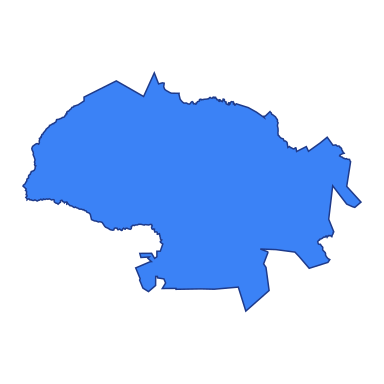 Tepehuanes, Durango, Mexico
{"feature_id": "50627088B84859418801228", "entity_name": "Tepehuanes", "entity_type": "district", "adm_level": 2, "iso_a3": "MEX", "parent_name": "Mexico", "parent_adm1": "Durango", "projection": "mercator", "projection_center": [-106.004, 25.424], "detail": "fine", "context": "isolated", "style": "filled", "palette": "blue", "viewbox_px": 384, "rotation_deg": 0, "n_neighbors": 0, "source": "geoboundaries", "source_scale": "gbopen_adm2", "svg_char_len": 5921}
<svg xmlns="http://www.w3.org/2000/svg" viewBox="0 0 384 384"><path d="M33.1,151.9L33.4,153.5L33.1,154.7L34.1,156.9L35.1,160.0L34.4,162.1L35.0,163.3L34.5,164.7L34.8,165.3L35.8,165.9L35.1,166.8L35.2,168.3L34.3,170.2L33.4,170.8L31.2,171.6L31.1,172.6L30.4,173.2L30.3,174.3L28.9,175.2L28.5,176.1L28.6,177.9L27.0,179.0L26.6,181.4L25.9,182.1L25.1,183.8L23.4,185.2L23.0,186.1L26.1,188.9L25.9,189.8L25.5,190.5L26.5,191.2L26.6,191.8L26.4,194.0L26.1,194.7L26.9,195.1L27.1,196.0L25.8,197.4L27.2,198.9L27.1,199.8L28.5,198.9L29.1,198.9L30.0,200.0L31.1,199.7L32.0,200.3L33.2,200.5L34.1,200.4L34.6,199.9L35.1,199.9L37.1,201.0L37.6,200.9L38.7,200.1L39.3,200.2L40.9,199.2L41.6,199.9L42.7,200.0L43.3,199.0L45.0,199.5L46.8,198.9L47.9,199.3L49.2,198.8L51.7,200.0L52.8,199.6L53.9,199.7L54.2,200.5L54.2,201.5L54.4,202.0L55.9,203.1L57.2,203.4L58.1,204.2L59.3,203.1L59.6,202.6L60.4,202.4L60.6,201.9L60.5,200.7L61.3,200.3L62.0,200.3L62.4,200.7L62.6,201.5L63.8,201.9L64.4,202.9L65.2,202.2L66.8,202.0L67.3,202.4L66.8,203.3L66.8,204.1L67.6,203.7L68.1,203.8L70.1,205.8L70.7,205.6L72.0,206.1L73.9,207.4L74.4,207.5L75.4,207.0L76.3,207.7L77.8,208.1L79.3,209.1L81.6,209.2L83.0,209.9L83.8,209.6L84.4,210.5L86.1,210.9L86.8,212.1L89.1,213.0L90.3,214.3L91.5,219.6L94.4,220.9L96.2,221.1L98.4,222.0L99.6,221.7L101.1,222.0L102.2,222.5L104.7,226.3L105.6,227.2L108.1,228.3L110.2,229.7L112.6,230.2L113.8,230.0L114.3,228.4L115.5,228.0L117.2,228.3L117.6,229.6L118.4,229.7L119.7,229.0L120.7,230.0L121.7,230.5L122.1,230.3L122.0,230.0L122.9,228.8L123.7,228.2L124.4,229.0L125.3,229.2L125.8,228.3L127.1,228.2L128.0,228.7L130.3,229.3L131.1,228.8L131.5,227.7L131.2,226.7L133.0,225.2L134.3,225.6L135.3,225.0L137.5,224.9L138.6,224.3L141.1,224.3L144.2,225.1L144.7,224.7L145.6,224.6L148.7,225.0L150.3,224.4L151.6,224.5L151.6,225.1L152.2,225.7L151.9,226.6L151.5,227.1L151.9,228.8L152.7,229.3L153.4,228.9L154.5,229.2L154.2,230.1L154.9,232.1L156.0,231.8L157.1,232.2L157.3,233.3L157.5,233.5L157.2,234.1L157.5,234.3L159.4,233.7L159.6,235.0L159.9,235.4L159.9,236.4L160.3,237.4L160.5,239.1L161.1,239.8L161.7,239.9L161.4,240.7L160.3,241.4L160.5,242.3L162.8,244.0L160.3,251.2L156.9,251.2L156.9,256.8L154.6,258.4L151.6,253.3L139.8,253.4L140.9,257.5L149.2,257.0L147.9,258.3L151.4,261.6L150.0,261.8L135.7,267.9L140.2,278.8L139.6,280.0L142.9,288.1L148.5,291.6L155.6,285.5L155.7,276.4L157.4,276.4L157.6,277.9L163.9,278.9L165.6,283.0L162.3,288.5L176.0,288.4L176.0,289.3L200.7,288.9L214.2,289.2L238.3,287.1L245.8,311.1L269.1,290.5L266.0,267.4L263.6,263.9L267.9,252.7L267.7,251.8L260.3,249.0L276.0,249.6L294.9,252.1L299.1,256.5L309.2,268.3L327.9,262.4L329.8,259.6L327.9,258.5L326.7,257.1L325.5,255.1L325.6,253.9L325.2,252.6L322.9,250.2L322.6,249.3L322.8,247.7L322.5,246.9L321.6,246.1L320.4,244.3L318.9,244.3L318.3,243.9L317.7,241.7L318.6,240.4L319.5,240.1L319.5,239.6L319.8,239.2L320.9,239.0L322.6,238.1L323.4,237.2L325.1,237.1L325.9,236.1L326.4,236.1L327.0,237.2L327.4,236.3L328.0,236.0L328.0,236.3L328.8,235.5L329.5,235.8L329.9,235.5L330.7,235.7L331.4,236.6L331.9,236.7L332.2,235.1L333.1,233.7L333.2,232.3L333.8,231.9L328.7,219.2L332.7,185.8L346.7,204.1L352.5,206.7L354.8,207.4L361.0,202.1L346.7,186.4L350.6,161.6L350.0,160.9L349.5,159.4L347.5,159.3L346.5,158.6L345.7,158.9L344.6,158.6L344.0,158.2L343.4,158.3L342.4,157.2L341.1,156.9L340.4,156.2L339.6,156.0L339.6,155.6L340.1,154.9L342.7,153.6L344.1,153.3L343.2,152.1L342.5,151.8L342.5,150.8L341.7,149.8L341.6,148.6L340.7,147.5L339.9,147.4L339.9,146.9L339.4,146.2L338.6,146.0L337.4,146.2L335.9,144.9L333.0,145.3L327.2,137.2L320.1,143.0L308.5,151.3L306.3,146.6L296.6,151.5L296.0,148.0L295.8,147.8L295.2,147.9L294.4,148.7L293.3,148.9L291.2,147.7L290.8,147.7L289.4,146.5L287.9,147.5L287.1,142.6L286.7,142.0L285.4,141.0L284.1,140.9L283.2,138.8L281.3,138.3L279.4,136.6L279.2,136.0L278.2,135.3L277.9,132.7L278.1,131.1L278.0,128.3L277.4,125.9L277.6,124.2L278.1,122.9L277.3,121.4L277.5,120.6L277.3,119.4L276.6,118.8L275.5,116.9L272.5,114.6L271.7,114.3L271.2,112.8L270.4,112.2L270.0,111.6L265.3,116.1L263.6,116.3L264.2,117.6L256.4,112.1L248.3,107.6L236.3,103.8L235.7,104.3L235.4,104.9L234.8,105.1L234.6,104.8L234.4,103.9L233.7,104.0L233.4,103.9L233.7,102.6L233.5,102.1L233.2,101.8L233.0,102.0L231.6,101.6L231.1,101.8L230.1,103.0L228.8,102.7L228.4,103.1L228.4,103.3L229.0,103.9L230.1,103.5L230.2,103.8L229.0,104.9L227.8,104.6L226.2,103.8L225.9,102.8L226.2,102.1L225.2,101.7L224.2,100.6L224.4,99.7L224.1,99.3L223.5,99.1L223.0,99.2L223.0,99.7L223.4,100.3L222.6,100.8L222.2,101.5L221.9,101.1L221.3,101.2L220.3,100.0L219.6,99.8L219.6,100.5L219.4,100.9L219.8,101.1L219.3,101.4L218.8,101.1L218.3,100.0L216.9,99.7L216.6,98.7L215.9,98.4L215.6,97.9L215.7,97.4L215.2,97.2L214.6,97.3L214.7,97.8L214.2,98.0L214.0,97.2L213.2,97.1L212.1,98.3L210.8,98.0L210.1,97.4L209.5,97.7L208.7,98.7L206.7,99.1L203.8,99.3L203.0,99.7L201.9,99.5L201.4,99.8L200.8,99.2L199.8,99.4L199.4,99.9L199.6,100.4L199.4,101.0L197.5,101.7L196.8,102.8L196.2,103.0L196.4,103.5L195.8,104.2L194.3,103.7L193.5,103.8L193.3,103.4L193.5,103.2L192.8,102.0L192.2,101.6L191.3,102.1L190.0,103.8L189.5,104.1L188.0,103.9L186.5,103.0L184.0,103.1L182.8,102.3L181.2,100.7L180.1,99.1L179.0,94.5L179.1,93.3L171.5,93.2L169.9,92.6L166.2,90.5L165.0,89.6L164.5,88.8L163.7,86.8L164.2,83.2L162.9,82.9L162.2,82.9L158.6,83.9L154.3,72.9L143.6,96.5L116.3,80.9L84.0,97.1L84.1,100.9L78.2,104.8L74.6,106.0L74.0,106.0L73.6,106.9L71.9,107.4L71.1,108.8L69.8,109.8L68.6,111.2L67.6,111.3L66.8,112.1L66.7,112.4L66.9,113.7L66.0,113.9L65.9,114.9L65.2,115.3L64.5,116.8L63.5,117.3L62.2,117.5L61.5,118.3L60.1,118.6L59.5,119.1L56.6,119.6L56.0,121.7L55.5,122.3L54.3,122.8L53.7,123.7L52.9,123.6L50.4,125.2L49.5,125.4L49.3,126.5L46.1,129.2L45.6,130.3L43.3,133.0L43.1,133.9L41.9,134.5L41.4,136.3L41.2,136.3L40.9,136.7L41.1,137.5L39.4,138.4L39.7,139.2L39.2,141.1L39.4,142.3L39.0,143.8L38.6,144.2L37.9,143.7L36.8,143.6L35.8,144.0L32.8,146.2L32.3,147.0L31.8,148.5L32.1,150.0L33.1,151.9Z" fill="#3b82f6" stroke="#1e3a8a" stroke-width="1.5"/></svg>